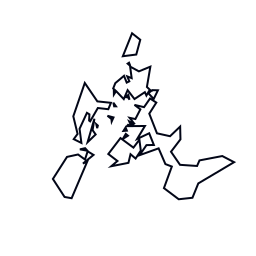 outline of Bocas del Toro, Bocas del Toro, Panama, rotated 250°
{"feature_id": "35544464B73365109430870", "entity_name": "Bocas del Toro", "entity_type": "district", "adm_level": 2, "iso_a3": "PAN", "parent_name": "Panama", "parent_adm1": "Bocas del Toro", "projection": "orthographic", "projection_center": [-82.201, 9.231], "detail": "medium", "context": "isolated", "style": "outline", "palette": "ink", "viewbox_px": 256, "rotation_deg": 250, "n_neighbors": 0, "source": "geoboundaries", "source_scale": "gbopen_adm2", "svg_char_len": 1928}
<svg xmlns="http://www.w3.org/2000/svg" viewBox="0 0 256 256"><g transform="rotate(250 128 128)"><path d="M98.5,129.6L98.4,149.8L81.3,150.8L76.8,156.0L59.2,141.2L43.7,151.3L40.4,164.7L51.9,175.1L59.6,216.0L69.4,207.0L73.1,184.1L68.7,179.9L75.6,164.3L91.0,160.3L99.4,173.4L111.5,177.5L105.9,164.7L113.1,153.4L134.2,152.9L142.2,163.3L148.2,158.8L142.1,150.2L147.5,142.0L141.3,146.0L133.9,138.0L137.0,133.0L130.1,135.3L128.7,131.9L131.0,129.2L130.1,127.6L124.1,144.6L114.6,132.9L115.8,146.1L103.2,146.5L105.6,139.5L98.5,129.6ZM105.8,40.0L84.9,44.8L81.3,51.0L110.5,78.3L110.0,73.5L114.5,86.4L119.9,82.1L113.1,76.8L120.2,72.0L121.7,60.8L105.8,40.0ZM166.4,129.6L156.6,133.9L163.7,140.6L153.0,144.0L155.9,156.1L152.2,156.4L155.5,160.3L155.1,162.3L160.1,159.8L178.0,170.0L177.5,157.6L185.0,151.0L173.6,148.5L176.7,145.0L171.4,145.2L171.1,142.3L178.4,142.1L174.5,131.4L170.2,127.6L166.4,129.6ZM139.7,78.6L136.1,73.2L129.9,79.1L143.8,82.2L156.3,94.6L154.0,96.4L148.3,94.0L147.2,94.7L157.1,106.5L152.4,115.9L157.5,120.6L163.5,108.3L185.1,102.8L157.7,80.6L139.7,78.6ZM100.6,106.8L97.8,99.2L95.1,116.5L102.5,121.4L96.7,124.7L102.4,132.3L113.1,134.7L107.7,126.4L121.1,117.5L110.3,100.6L100.6,106.8ZM215.6,164.2L197.2,147.7L194.2,160.9L206.7,169.7L215.6,164.2ZM128.5,85.2L133.0,95.4L138.1,94.0L148.2,99.6L128.5,85.2ZM153.7,159.0L146.5,162.1L153.2,169.0L155.3,163.7L153.7,159.0ZM120.5,82.1L123.7,80.8L124.4,75.5L120.5,82.1ZM123.2,123.9L119.5,119.4L120.8,125.3L123.2,123.9ZM168.6,127.7L164.3,126.2L166.2,128.7L168.6,127.7ZM159.0,139.6L157.8,136.3L157.0,138.4L154.1,139.1L159.0,139.6ZM188.6,149.7L185.5,151.4L189.0,151.3L188.6,149.7ZM146.5,112.9L142.2,115.5L139.7,114.9L142.9,118.0L146.5,112.9ZM133.8,131.4L130.2,131.7L130.2,134.6L133.8,131.4ZM126.8,122.7L125.9,126.0L129.3,125.9L126.8,122.7ZM156.8,122.9L153.1,122.4L152.5,124.1L156.8,122.9ZM142.4,99.5L138.4,99.0L140.6,100.5L142.4,99.5Z" fill="none" stroke="#020617" stroke-width="2"/></g></svg>